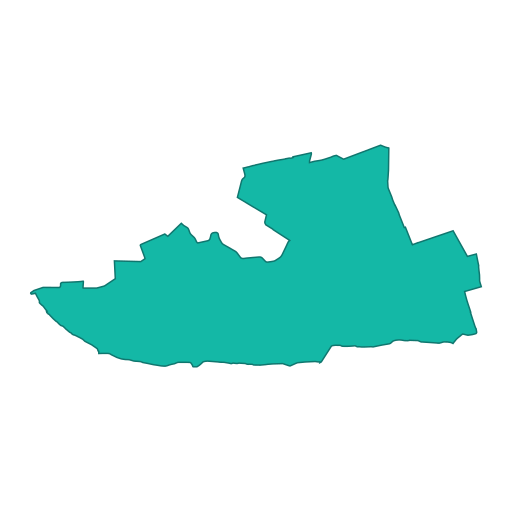 Cumpana, Constanta, Romania
{"feature_id": "2599482B64755451325856", "entity_name": "Cumpana", "entity_type": "district", "adm_level": 2, "iso_a3": "ROU", "parent_name": "Romania", "parent_adm1": "Constanta", "projection": "equal_earth", "projection_center": [28.523, 44.126], "detail": "fine", "context": "isolated", "style": "filled", "palette": "teal", "viewbox_px": 512, "rotation_deg": 0, "n_neighbors": 0, "source": "geoboundaries", "source_scale": "gbopen_adm2", "svg_char_len": 5982}
<svg xmlns="http://www.w3.org/2000/svg" viewBox="0 0 512 512"><path d="M34.0,290.5L30.8,292.7L30.7,293.3L31.1,293.9L31.5,294.1L34.7,293.5L35.0,293.2L35.4,293.2L37.2,296.8L38.4,298.9L39.3,300.6L39.4,301.0L39.4,302.7L40.0,303.4L41.9,305.2L42.7,305.7L43.8,307.0L45.8,309.7L46.7,310.7L47.1,311.2L46.9,311.3L46.5,311.4L46.9,312.7L47.5,312.9L47.8,313.4L48.1,313.9L49.3,314.5L50.1,315.5L53.1,318.6L55.5,320.8L56.2,321.4L56.7,321.6L57.8,322.6L58.2,323.1L59.5,324.4L60.9,325.5L62.7,326.1L63.5,326.6L63.8,327.0L64.7,327.8L65.7,328.9L69.5,332.1L71.3,333.1L71.9,333.9L73.3,334.8L74.6,335.1L76.4,335.9L77.7,336.6L79.8,337.6L82.8,339.3L84.9,341.3L91.7,344.8L97.3,348.7L98.2,351.1L98.7,351.3L98.8,352.7L98.8,353.5L102.2,353.4L107.9,353.4L109.3,353.6L110.3,354.0L111.3,354.7L114.2,356.1L116.8,357.4L119.5,358.3L121.3,358.9L123.2,359.2L125.2,359.5L127.8,359.6L129.3,359.7L133.7,361.0L135.3,361.2L137.3,361.3L140.5,361.6L141.5,361.9L142.7,362.5L143.8,362.7L147.1,363.3L153.6,364.7L157.0,365.2L161.1,365.9L163.7,366.1L165.4,366.1L166.0,366.0L167.5,365.6L169.1,365.0L171.6,364.3L174.6,363.7L176.4,362.9L177.7,362.4L178.8,362.3L186.0,362.3L189.6,362.4L190.4,362.6L191.0,363.1L191.9,364.4L192.5,365.5L192.9,366.6L193.5,366.8L195.4,366.8L196.9,366.8L197.6,366.4L199.0,365.5L200.5,364.3L203.2,361.8L203.9,361.6L205.4,361.3L207.4,361.1L217.7,361.9L220.2,362.2L224.0,362.3L228.8,363.1L230.9,363.6L231.6,363.6L232.6,363.2L233.2,363.1L235.7,363.4L237.1,363.5L239.0,363.1L240.3,363.2L241.9,363.3L245.3,363.5L247.1,364.2L248.3,364.3L249.3,364.2L252.2,364.3L253.8,365.0L260.2,365.1L265.6,364.6L267.7,364.3L272.9,363.9L282.7,363.6L288.6,365.6L289.7,365.9L290.2,365.9L296.2,363.2L297.6,362.7L298.8,362.6L304.9,362.0L315.1,361.5L318.0,361.9L319.5,362.0L319.5,361.9L320.6,362.0L320.4,362.4L321.3,361.9L331.4,346.1L332.1,345.8L332.6,345.6L334.1,345.4L335.9,345.2L337.0,345.3L339.7,345.3L340.4,345.4L340.5,345.4L341.6,346.0L342.1,346.2L343.8,346.3L347.6,346.3L349.8,346.2L352.9,346.0L354.8,345.8L355.2,345.8L356.6,346.5L357.3,346.8L357.8,346.8L358.9,346.8L358.9,346.7L359.2,346.7L361.7,347.0L364.0,347.0L371.1,346.7L373.1,346.9L381.7,345.1L389.3,343.8L389.8,343.6L390.5,343.3L391.4,342.5L392.3,341.7L392.9,341.2L393.1,341.1L393.5,340.9L394.0,340.7L395.2,340.4L395.8,340.2L397.9,340.0L399.2,339.9L400.6,340.0L401.6,340.1L404.5,340.6L407.4,340.7L409.0,340.5L409.8,340.2L409.9,340.3L418.2,340.6L418.5,340.8L420.5,341.7L421.0,341.9L421.6,342.0L422.6,342.0L428.6,342.4L437.1,343.0L437.7,343.1L438.3,343.1L438.9,343.1L439.5,343.1L440.6,342.8L441.7,342.5L442.8,342.1L443.5,342.0L444.5,341.9L446.5,342.0L446.5,341.9L447.0,341.9L449.7,342.3L450.4,342.4L451.3,342.7L452.1,343.0L453.0,343.5L454.5,341.5L455.0,341.0L455.9,339.8L456.6,339.0L457.6,338.1L458.8,337.1L460.2,336.0L461.2,335.1L462.7,334.0L467.3,335.1L467.9,335.2L468.9,335.1L472.2,334.6L474.2,334.1L475.9,333.6L476.4,333.1L476.7,332.3L476.1,328.7L475.9,328.4L475.6,328.0L474.8,325.9L472.3,318.2L470.4,312.2L470.7,312.1L469.4,308.1L468.0,303.9L466.8,300.1L465.6,295.7L464.6,291.5L481.3,286.7L479.9,282.1L479.6,280.8L479.6,278.2L479.5,274.9L479.0,270.9L478.6,266.9L478.7,265.6L478.6,265.2L478.1,262.9L476.4,254.4L476.3,254.0L467.4,256.4L453.1,230.8L436.0,236.6L429.6,238.8L417.3,243.0L417.3,242.9L415.5,243.6L412.6,244.7L412.5,244.3L412.2,244.4L405.4,227.2L404.5,227.6L404.3,227.6L399.3,215.0L398.7,212.9L395.1,205.2L394.9,205.3L394.7,204.8L394.2,203.6L392.7,200.0L391.8,197.1L388.2,188.2L388.0,187.2L387.6,180.4L387.8,180.2L388.0,177.9L388.5,170.2L388.8,148.0L388.7,147.9L387.7,147.8L387.1,147.6L385.6,147.2L383.5,146.4L380.6,145.2L343.6,159.2L337.3,155.9L336.5,155.4L336.2,155.4L333.3,156.1L330.9,157.2L327.5,158.3L325.1,159.1L321.6,160.1L319.5,160.5L314.4,161.3L309.5,162.6L309.5,162.0L309.6,160.6L310.0,159.3L311.4,153.9L311.2,152.8L293.0,156.8L293.2,157.5L291.4,158.1L290.9,158.2L289.3,158.1L286.0,158.7L285.4,158.8L284.8,159.1L284.0,159.2L283.5,159.3L278.4,160.1L274.2,160.9L273.3,161.2L272.5,161.3L271.9,161.4L271.3,161.5L270.4,161.7L262.7,163.3L257.7,164.5L255.7,164.9L254.7,165.3L252.4,165.7L251.0,166.2L250.2,166.3L249.4,166.7L247.6,167.0L246.2,167.4L245.4,167.6L243.2,168.1L244.6,173.4L244.9,174.7L245.0,175.8L244.9,176.5L244.6,177.2L244.2,177.6L242.5,179.1L242.0,179.9L241.5,181.2L240.1,186.8L237.4,197.4L252.5,206.5L266.5,214.8L264.8,222.0L264.9,223.0L265.8,224.8L271.1,228.1L272.6,229.0L273.2,229.7L289.7,240.4L289.8,240.5L289.1,241.0L288.7,241.3L288.4,241.6L288.2,242.1L287.5,243.4L286.8,245.0L282.2,254.6L281.4,255.9L280.8,256.7L280.3,257.2L278.5,258.5L275.5,260.4L274.8,260.8L274.4,261.0L273.0,261.3L270.7,261.7L269.1,261.9L267.8,262.1L267.1,262.1L266.5,262.0L265.7,261.6L265.4,261.3L264.6,260.5L263.2,259.0L262.3,258.1L261.9,257.7L261.2,257.3L260.5,257.1L260.2,257.0L259.1,257.0L253.0,257.5L251.8,257.6L249.9,257.8L246.5,258.1L243.7,258.5L242.8,258.5L242.2,258.4L241.8,258.3L241.1,258.0L240.2,257.1L237.3,253.2L236.8,252.6L236.4,252.2L235.9,251.7L235.5,251.4L233.4,250.2L223.6,244.6L222.9,244.1L222.3,243.7L222.1,243.4L221.3,242.2L219.8,239.5L219.4,238.7L218.9,237.4L218.6,236.3L218.3,234.6L218.2,234.1L217.9,233.4L217.3,232.9L216.7,232.6L216.2,232.4L215.7,232.4L215.1,232.5L214.5,232.5L213.8,232.7L213.4,232.7L212.5,233.0L212.2,233.2L211.7,233.6L211.3,234.1L211.1,234.5L210.9,234.9L210.8,235.5L210.4,237.3L210.1,238.2L209.8,239.2L209.4,239.7L208.8,240.3L208.0,240.7L206.2,241.1L198.5,242.8L198.1,242.9L197.6,242.9L197.0,242.4L196.5,241.7L195.9,240.4L195.3,239.1L194.4,237.7L194.0,237.3L191.1,234.6L190.3,233.6L189.7,232.4L188.9,230.1L188.3,228.8L188.0,228.3L187.2,227.6L185.9,226.8L185.4,226.5L183.7,225.5L181.3,223.3L167.8,236.3L164.8,234.0L141.3,244.3L140.5,244.8L140.3,245.4L144.7,257.4L145.0,258.7L140.8,261.6L114.4,260.9L115.3,278.7L104.6,285.9L103.7,286.2L97.0,288.0L96.3,288.1L83.5,288.1L83.1,288.0L83.0,287.5L83.4,281.6L83.2,281.2L80.9,281.5L77.2,281.8L71.1,282.1L66.1,282.3L62.3,282.4L61.7,282.6L61.0,283.0L60.6,283.6L60.6,285.4L60.4,286.5L59.7,287.4L59.1,287.5L43.1,287.4L34.0,290.5Z" fill="#14b8a6" stroke="#0f766e" stroke-width="1.5"/></svg>